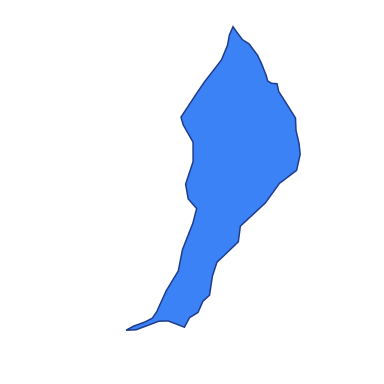 the district of Melouseia, Cyprus, rotated 48°
{"feature_id": "46923920B81614403917932", "entity_name": "Melouseia", "entity_type": "district", "adm_level": 2, "iso_a3": "CYP", "parent_name": "Cyprus", "parent_adm1": "", "projection": "robinson", "projection_center": [33.588, 35.068], "detail": "fine", "context": "isolated", "style": "filled", "palette": "blue", "viewbox_px": 384, "rotation_deg": 48, "n_neighbors": 0, "source": "geoboundaries", "source_scale": "gbopen_adm2", "svg_char_len": 853}
<svg xmlns="http://www.w3.org/2000/svg" viewBox="0 0 384 384"><g transform="rotate(48 192 192)"><path d="M96.6,50.9L100.3,59.1L106.7,67.4L113.6,81.8L118.5,108.9L121.6,121.8L129.0,150.1L136.2,153.6L155.7,157.9L170.1,170.8L181.9,191.5L194.5,199.4L207.4,199.6L215.8,212.3L228.4,237.6L241.5,255.0L243.5,261.8L248.2,277.4L257.4,298.4L259.2,305.8L257.1,313.9L252.6,325.1L250.6,333.5L257.0,325.7L265.8,303.1L271.9,296.0L287.4,288.1L286.8,286.6L283.7,277.8L285.5,268.1L281.3,258.8L280.5,257.0L280.4,248.0L268.3,233.3L260.9,220.5L260.5,206.0L260.0,190.9L249.7,178.9L249.2,144.8L244.1,121.3L245.9,99.8L236.4,86.4L227.6,80.0L215.8,73.5L206.3,65.6L189.1,62.6L175.3,60.3L168.4,56.3L164.6,60.1L160.2,61.5L154.9,58.8L152.3,57.9L148.9,56.6L143.3,54.5L134.3,51.8L120.1,50.5L112.4,52.6L100.0,51.4L96.6,50.9Z" fill="#3b82f6" stroke="#1e3a8a" stroke-width="1.5"/></g></svg>